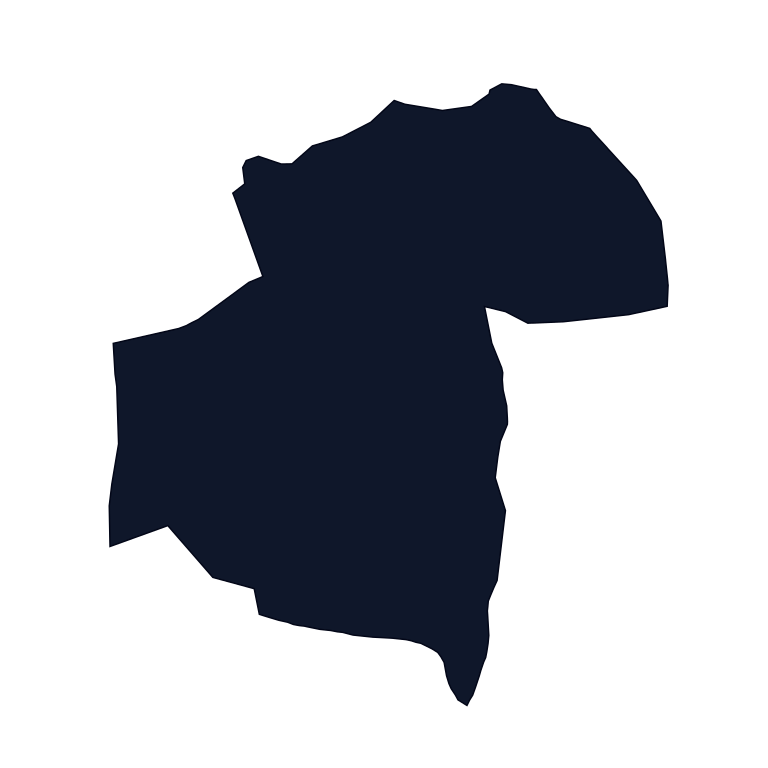 outline of Monabbih, Sa`dah, Yemen, rotated 6°
{"feature_id": "15242507B74434260486712", "entity_name": "Monabbih", "entity_type": "district", "adm_level": 2, "iso_a3": "YEM", "parent_name": "Yemen", "parent_adm1": "Sa`dah", "projection": "orthographic", "projection_center": [43.298, 17.17], "detail": "fine", "context": "isolated", "style": "filled", "palette": "ink", "viewbox_px": 768, "rotation_deg": 6, "n_neighbors": 0, "source": "geoboundaries", "source_scale": "gbopen_adm2", "svg_char_len": 2158}
<svg xmlns="http://www.w3.org/2000/svg" viewBox="0 0 768 768"><g transform="rotate(6 384 384)"><path d="M504.8,75.2L502.4,75.4L499.2,75.3L479.4,73.0L469.7,73.2L458.7,80.6L458.2,84.7L442.1,98.8L413.5,105.9L406.2,105.4L375.5,103.6L364.5,101.0L343.5,125.1L316.8,142.6L289.9,153.9L287.9,154.7L269.5,174.7L262.1,175.6L258.8,176.0L235.3,170.7L223.6,176.2L220.9,183.5L224.6,199.5L213.7,210.0L216.3,215.0L252.3,289.7L251.5,290.2L249.6,291.3L239.1,297.0L192.7,339.2L190.2,340.8L186.8,342.9L181.0,346.8L174.0,350.3L173.5,350.5L173.1,350.6L110.5,371.9L115.5,402.3L118.5,414.5L126.3,471.3L123.8,511.8L123.5,533.9L128.5,574.2L183.8,547.4L195.9,558.7L217.5,578.8L234.0,594.2L276.3,601.1L284.1,626.1L294.2,628.1L303.2,629.8L303.8,629.9L304.4,630.0L313.2,631.0L319.0,632.6L322.4,632.9L325.3,633.1L330.0,633.1L333.4,633.5L345.8,634.7L350.5,634.7L356.8,634.7L363.6,635.3L368.9,635.3L379.4,636.9L386.2,636.9L393.5,636.9L399.3,636.9L406.6,636.5L418.7,635.9L423.4,635.9L432.3,635.9L433.7,636.0L438.1,636.5L442.8,637.5L447.6,638.0L459.1,642.2L465.5,645.3L469.2,649.4L471.1,652.1L472.0,653.3L472.9,654.6L476.7,667.6L479.5,674.2L479.8,674.9L480.1,675.5L482.7,680.0L487.4,685.7L489.0,688.0L490.6,690.4L500.1,695.0L502.2,689.3L504.7,684.2L506.7,675.9L509.2,664.5L510.2,658.8L512.2,650.0L513.7,645.4L514.2,639.7L514.6,631.4L514.5,623.1L512.0,607.7L511.2,602.8L510.5,598.8L510.5,594.2L510.4,589.0L512.0,583.3L514.5,575.0L517.0,567.6L518.0,497.2L504.4,465.6L504.8,444.9L505.7,428.9L510.9,411.2L510.7,408.2L510.6,407.7L510.2,404.8L509.5,400.5L508.3,392.9L503.1,377.6L501.2,367.4L500.9,360.4L499.4,355.9L499.3,355.6L486.9,332.1L475.8,296.4L497.3,299.3L520.8,308.5L521.6,308.3L524.5,307.9L525.6,307.8L556.0,303.3L601.8,293.4L620.2,289.4L627.4,287.0L632.8,285.3L633.3,285.1L657.5,277.1L656.2,255.9L655.9,254.8L655.8,254.2L654.9,249.6L651.3,232.7L651.2,232.3L651.0,231.1L642.4,193.0L638.0,187.1L635.0,183.1L629.3,175.5L614.0,155.1L611.8,153.1L581.3,126.0L581.2,125.8L569.3,115.3L564.2,110.7L561.9,108.3L546.1,105.1L539.3,103.7L531.9,102.3L526.9,100.1L526.6,99.7L519.1,91.8L518.6,91.2L513.5,85.3L511.9,83.4L508.1,79.1L504.8,75.2Z" fill="#0f172a" stroke="#020617" stroke-width="1.5"/></g></svg>